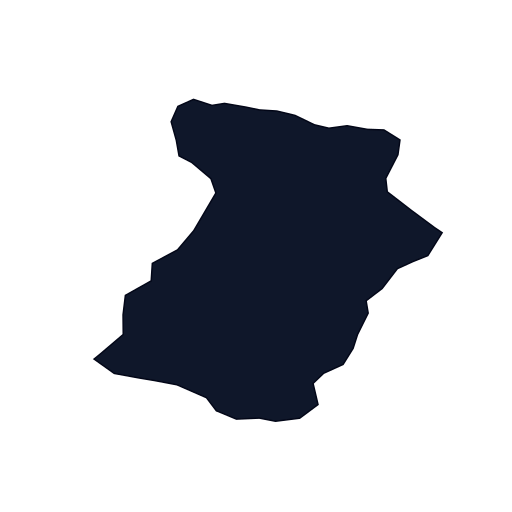 the district of Tranås, Jönköping, Sweden, rotated 302°
{"feature_id": "70781695B97967886830889", "entity_name": "Tranås", "entity_type": "district", "adm_level": 2, "iso_a3": "SWE", "parent_name": "Sweden", "parent_adm1": "Jönköping", "projection": "mercator", "projection_center": [14.881, 58.063], "detail": "fine", "context": "isolated", "style": "filled", "palette": "ink", "viewbox_px": 512, "rotation_deg": 302, "n_neighbors": 0, "source": "geoboundaries", "source_scale": "gbopen_adm2", "svg_char_len": 898}
<svg xmlns="http://www.w3.org/2000/svg" viewBox="0 0 512 512"><g transform="rotate(302 256 256)"><path d="M374.4,401.5L374.7,392.3L377.0,363.5L380.0,333.3L390.6,324.9L417.1,322.7L430.7,316.6L430.7,297.7L422.4,283.3L414.9,264.6L414.8,264.3L403.0,250.1L398.2,235.9L395.9,214.6L390.0,196.9L381.7,181.5L376.9,168.5L368.7,148.4L360.4,138.9L355.7,120.0L341.5,110.5L324.9,112.9L317.4,121.1L311.9,127.1L300.1,137.7L301.3,151.9L297.7,176.8L288.2,188.6L244.5,189.8L219.6,186.2L194.8,172.0L179.4,180.3L153.4,166.1L135.7,174.4L119.1,185.0L89.5,175.6L82.8,173.3L81.3,198.0L90.7,221.7L96.6,235.9L104.9,257.2L109.6,289.1L103.7,304.5L103.8,304.6L107.3,325.8L120.3,344.7L126.2,360.1L141.6,379.0L162.9,387.3L178.2,371.9L192.4,375.5L210.2,387.3L229.1,387.3L243.3,383.7L267.0,381.4L276.4,373.1L295.3,380.2L320.2,382.6L334.4,392.0L347.4,401.5L374.4,401.5Z" fill="#0f172a" stroke="#020617" stroke-width="1.5"/></g></svg>